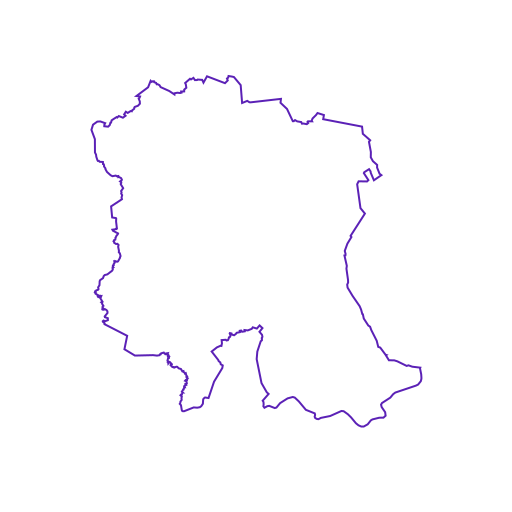 Līgatnes pag., Ligatnes, Latvia, rotated 194°
{"feature_id": "27541924B81159973415171", "entity_name": "Līgatnes pag.", "entity_type": "district", "adm_level": 2, "iso_a3": "LVA", "parent_name": "Latvia", "parent_adm1": "Ligatnes", "projection": "mercator", "projection_center": [25.09, 57.19], "detail": "fine", "context": "isolated", "style": "outline", "palette": "violet", "viewbox_px": 512, "rotation_deg": 194, "n_neighbors": 0, "source": "geoboundaries", "source_scale": "gbopen_adm2", "svg_char_len": 6129}
<svg xmlns="http://www.w3.org/2000/svg" viewBox="0 0 512 512"><g transform="rotate(194 256 256)"><path d="M408.6,269.1L404.9,258.6L401.1,258.9L400.7,258.5L400.1,255.6L397.6,249.0L398.4,248.6L398.3,248.2L401.7,246.8L400.9,245.9L395.3,244.5L395.4,243.6L396.4,241.6L396.4,240.8L396.8,239.7L396.5,238.8L396.5,237.8L397.4,237.3L397.8,235.8L397.0,235.3L396.8,234.5L394.7,233.8L393.4,234.3L392.0,233.4L392.0,231.6L390.2,227.8L390.0,226.4L388.8,225.7L387.4,223.2L387.7,221.8L387.5,221.4L388.6,217.4L389.4,216.8L391.5,217.0L391.5,216.2L392.1,216.3L391.6,215.0L392.2,213.5L391.8,212.8L392.5,212.1L392.2,211.5L392.4,210.7L391.6,210.4L392.2,209.4L391.7,208.3L392.0,207.0L395.8,202.2L398.2,200.9L398.9,199.7L399.1,197.5L401.4,194.9L401.6,193.7L400.8,189.8L401.6,187.4L400.8,185.8L401.1,185.0L402.7,184.0L402.9,183.1L403.5,182.9L403.6,181.7L402.7,181.4L402.9,181.1L402.6,180.6L400.1,179.9L400.2,179.4L399.7,178.4L399.1,178.0L398.8,178.3L398.9,179.1L397.8,179.8L397.4,179.8L397.6,179.0L397.4,178.5L396.5,179.2L396.6,178.3L397.2,177.7L393.9,174.5L394.9,173.6L393.9,173.0L393.7,172.3L392.0,170.7L392.6,169.9L392.2,167.0L391.7,166.9L391.3,168.1L390.4,167.3L389.8,167.9L388.0,167.4L386.8,166.4L386.3,164.8L388.2,160.8L387.8,160.1L384.7,159.8L384.2,157.9L386.7,156.2L388.3,156.5L388.9,155.6L388.7,155.2L386.6,154.0L386.5,153.2L361.7,147.4L361.1,133.7L349.4,130.1L331.9,134.9L328.0,135.4L325.6,136.4L325.3,137.5L324.7,137.6L324.5,138.6L322.1,140.0L321.0,139.1L318.5,140.2L319.0,139.0L317.4,139.3L317.2,138.9L317.6,138.3L317.0,137.6L317.2,137.1L316.9,136.7L316.1,137.7L315.8,137.5L316.0,136.7L315.8,135.8L316.6,135.0L316.6,133.1L315.8,132.7L316.0,131.8L315.6,131.7L315.1,130.5L314.7,131.4L315.0,132.3L314.0,132.3L311.4,130.6L311.5,130.1L312.4,130.5L312.5,129.4L310.2,128.0L308.9,128.4L308.4,127.9L306.5,129.3L305.6,129.4L303.8,128.3L301.5,128.2L299.6,126.3L298.6,126.8L298.3,125.9L297.3,125.7L296.5,124.7L295.8,125.3L294.8,123.4L293.7,122.5L294.2,121.8L292.9,121.0L293.3,120.7L292.9,120.3L292.9,119.1L294.1,118.8L294.6,117.8L293.1,117.6L293.0,116.9L292.3,115.8L292.7,114.8L293.6,114.7L293.5,114.1L292.7,113.8L294.1,112.4L293.3,111.4L294.0,111.2L293.8,110.5L294.3,109.1L294.0,108.8L294.5,108.3L295.1,106.4L294.0,105.8L294.4,105.7L294.4,103.7L295.2,103.4L295.6,102.6L294.0,101.7L293.9,100.0L293.3,98.4L294.1,96.5L293.9,95.2L294.2,94.1L292.7,93.1L290.9,88.9L290.4,88.0L289.5,87.7L288.2,88.0L279.8,94.0L276.3,94.6L273.9,95.7L272.8,97.0L271.8,99.8L272.5,103.7L272.5,104.5L271.7,105.9L271.2,106.4L267.7,106.7L266.3,123.9L261.6,139.1L261.8,141.8L264.0,142.4L264.9,144.1L266.8,145.0L267.5,146.0L275.9,152.6L271.8,157.9L268.6,160.4L267.8,160.4L267.9,163.0L269.0,166.1L265.1,167.4L264.2,166.9L262.9,167.5L262.5,169.3L262.6,170.5L261.8,171.0L261.5,172.0L261.8,173.2L262.8,174.5L262.7,174.9L261.0,174.9L260.6,173.9L258.1,173.8L256.7,175.5L256.2,176.8L253.2,178.2L253.7,179.5L252.4,180.1L251.2,179.1L248.7,180.2L249.2,181.4L246.0,181.8L242.5,184.3L241.9,186.0L237.6,185.8L235.7,189.5L232.3,187.6L234.3,183.3L231.1,181.0L230.2,179.1L230.6,177.7L230.1,177.0L230.1,176.1L229.9,175.6L230.8,174.4L231.6,163.6L230.4,156.1L219.9,134.0L212.6,126.4L210.4,125.2L214.5,117.2L213.4,116.1L212.7,113.9L212.5,112.0L211.1,110.8L208.7,113.0L206.9,113.8L201.0,113.0L199.5,113.9L197.0,119.1L190.9,125.5L186.2,128.1L184.1,128.0L179.3,125.3L170.4,118.8L160.9,117.5L160.2,116.1L160.2,114.2L159.3,113.1L157.4,112.6L155.9,112.8L153.9,114.6L145.3,118.7L135.6,126.3L133.4,126.6L128.6,124.7L124.7,122.4L118.6,117.9L115.6,116.5L112.6,116.0L110.2,116.6L106.9,119.7L104.8,124.3L103.5,125.6L97.3,128.9L93.2,130.0L91.6,132.4L92.9,135.7L97.5,139.8L98.7,142.0L98.2,143.8L91.4,151.1L89.5,155.1L87.8,157.2L69.5,168.9L67.6,170.5L65.8,174.4L65.8,176.8L66.1,178.1L67.1,181.2L69.7,186.7L69.6,187.4L77.6,186.4L81.6,186.8L83.2,185.8L93.4,188.0L96.6,188.2L101.8,187.0L106.0,191.1L105.6,191.5L106.5,191.6L113.3,197.2L115.4,197.4L118.4,203.0L126.2,212.0L128.2,215.0L130.2,215.7L136.3,221.4L138.2,225.3L138.8,225.4L141.1,229.5L143.3,232.4L152.7,240.7L159.5,247.5L160.6,250.3L160.2,252.5L160.9,255.0L165.2,265.6L165.5,268.4L170.3,277.9L169.4,278.3L169.6,279.7L171.1,282.4L170.3,290.1L168.0,297.5L169.1,298.4L160.6,323.5L166.2,327.7L175.2,350.1L174.5,353.3L166.3,355.2L165.3,356.8L171.4,362.5L171.2,363.5L167.3,367.6L165.3,365.8L164.8,364.5L159.9,358.0L153.9,364.8L156.0,365.7L159.9,371.1L160.5,373.7L165.5,376.3L168.5,379.5L169.7,384.7L174.0,394.1L173.2,395.9L181.9,400.4L184.4,407.2L223.9,405.0L224.2,409.2L230.9,409.6L231.9,407.2L234.4,403.1L234.7,400.7L234.2,400.2L238.2,399.2L238.5,398.7L238.3,398.1L237.6,397.5L238.6,396.2L242.1,396.0L243.4,395.5L244.5,396.9L248.6,396.6L251.0,397.3L252.0,395.9L252.9,395.7L261.5,406.2L269.3,410.6L269.8,414.5L298.4,403.8L299.6,403.6L302.0,404.4L306.5,401.1L312.2,418.1L320.7,424.3L322.5,424.3L326.2,424.0L326.2,422.2L327.1,421.2L325.9,419.5L327.9,416.2L347.0,418.5L348.9,411.5L350.8,413.9L355.3,413.1L355.7,412.5L357.8,411.9L359.8,413.7L361.8,411.6L362.9,412.0L366.6,406.7L365.7,405.7L364.3,402.4L365.9,400.1L365.5,398.3L368.4,397.5L367.8,396.5L369.0,395.8L371.8,395.4L374.4,394.2L374.2,393.0L380.1,395.1L389.4,396.8L391.0,398.4L393.1,398.9L393.9,398.6L394.8,399.8L396.8,400.0L397.1,400.8L398.4,400.6L399.3,399.7L400.6,400.5L401.5,393.6L410.7,382.3L407.1,382.7L407.3,381.2L407.9,380.3L406.2,378.0L405.5,375.7L406.9,373.2L409.6,371.4L410.0,370.7L409.8,369.4L411.5,367.2L411.5,366.4L412.7,366.3L415.1,363.8L417.2,364.5L418.2,361.5L416.5,360.5L418.6,358.0L423.0,358.6L424.1,356.8L424.8,357.1L427.3,354.5L428.9,352.7L428.9,350.4L429.5,350.1L429.6,347.6L430.8,345.7L434.6,345.2L434.9,346.7L434.5,348.4L439.6,348.9L442.5,348.0L445.9,344.0L446.2,338.6L440.6,330.4L437.3,317.5L435.7,315.6L435.0,313.7L433.1,310.7L432.4,310.0L431.5,310.3L430.5,309.6L427.3,310.2L426.7,308.2L426.0,308.2L425.4,307.4L425.1,306.1L423.3,304.6L423.0,303.7L420.9,301.5L416.6,299.2L414.6,298.7L411.5,300.1L410.5,299.7L409.0,300.3L408.7,299.2L408.0,299.5L405.7,298.9L404.6,297.6L404.7,296.9L405.9,295.5L404.6,294.9L404.4,294.4L404.7,293.1L404.4,292.7L401.3,289.7L402.6,286.4L401.8,285.1L401.9,283.9L400.6,282.7L400.6,280.2L399.8,278.7L408.6,269.1Z" fill="none" stroke="#5b21b6" stroke-width="2"/></g></svg>